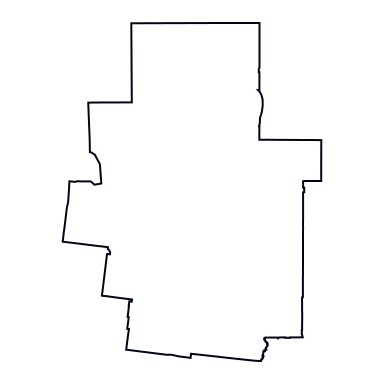 the district of Hindmarsh, Victoria, Australia
{"feature_id": "25037944B30828491037515", "entity_name": "Hindmarsh", "entity_type": "district", "adm_level": 2, "iso_a3": "AUS", "parent_name": "Australia", "parent_adm1": "Victoria", "projection": "orthographic", "projection_center": [141.947, -36.033], "detail": "fine", "context": "isolated", "style": "outline", "palette": "ink", "viewbox_px": 384, "rotation_deg": 0, "n_neighbors": 0, "source": "geoboundaries", "source_scale": "gbopen_adm2", "svg_char_len": 4446}
<svg xmlns="http://www.w3.org/2000/svg" viewBox="0 0 384 384"><path d="M88.3,102.6L88.3,104.6L89.7,140.1L89.9,152.1L91.3,152.4L94.1,154.3L94.7,154.5L99.9,164.2L101.3,183.5L94.5,184.7L91.1,181.7L90.3,181.4L79.8,181.4L78.7,181.2L77.1,181.2L75.7,181.8L73.6,181.8L72.4,181.5L70.9,181.5L69.4,181.2L69.0,189.5L68.1,202.3L66.9,207.5L65.5,219.1L64.4,228.2L63.9,231.4L62.7,241.6L62.8,241.7L70.2,242.6L70.4,242.6L84.2,244.3L98.7,246.1L101.9,246.4L104.5,246.8L106.8,247.0L107.9,247.2L107.7,248.8L107.8,248.9L108.5,249.3L110.1,251.9L110.0,254.3L107.1,254.0L106.9,255.1L102.6,290.4L101.9,295.7L106.9,296.3L106.9,296.2L108.6,296.4L108.6,296.5L118.5,297.8L132.0,299.5L131.7,301.7L129.3,301.4L128.7,305.6L129.0,305.6L128.6,309.0L128.2,312.3L127.6,316.9L128.7,317.1L128.2,321.5L127.7,325.1L127.6,326.0L127.2,328.8L128.9,329.0L128.8,329.9L128.7,330.7L128.6,331.3L128.1,334.8L128.0,335.9L127.8,336.9L127.8,337.1L127.7,337.8L127.7,338.1L127.6,338.4L127.6,338.5L126.5,347.2L126.2,349.7L145.3,352.1L167.0,354.8L170.9,354.7L171.1,354.7L178.3,356.3L190.6,357.9L191.0,353.8L197.8,354.5L218.7,356.8L228.2,357.9L253.3,360.6L258.9,361.0L260.9,361.0L260.9,360.9L261.0,360.7L261.2,360.4L261.3,360.4L261.4,360.2L261.3,359.8L261.3,359.7L261.2,359.7L261.2,359.4L261.3,359.2L261.5,359.1L261.8,359.0L262.0,359.0L262.0,358.9L262.2,358.7L262.3,358.7L262.5,358.7L262.7,358.4L262.8,358.2L262.6,358.1L262.6,357.9L262.7,357.7L262.8,357.6L262.9,357.4L263.0,357.4L263.1,357.2L262.9,357.2L262.7,357.2L262.6,356.9L262.6,356.7L262.5,356.4L262.5,356.2L262.4,356.1L262.5,355.9L262.8,355.8L263.0,355.9L263.4,355.8L263.4,355.7L263.0,355.5L262.8,355.3L262.7,355.1L262.6,354.9L262.9,354.5L263.1,354.2L263.2,353.7L263.3,353.3L263.4,353.0L263.4,352.7L263.4,352.4L263.3,352.2L263.2,352.1L263.2,351.9L263.4,351.8L263.6,351.9L263.8,351.9L264.0,351.6L264.0,351.4L263.9,351.3L263.8,351.0L263.7,350.9L263.8,350.7L264.0,350.8L264.3,350.8L264.5,350.9L264.6,351.0L264.8,351.1L265.0,351.1L265.0,350.9L265.0,350.7L265.0,350.3L265.0,350.2L265.4,350.1L265.7,349.9L266.1,349.8L266.3,349.7L266.0,349.3L265.8,349.1L265.7,349.1L265.6,348.9L265.5,348.7L265.7,348.3L265.7,348.2L265.8,348.0L265.8,347.9L266.0,347.8L266.2,347.7L266.3,347.6L266.5,347.4L266.6,347.2L266.6,346.9L266.9,346.7L267.0,346.7L267.2,346.4L267.1,346.1L267.1,345.9L267.2,345.7L267.3,345.4L267.7,345.2L267.5,344.9L267.4,344.8L267.5,344.7L267.6,344.4L267.2,344.1L267.0,343.9L266.9,343.8L266.9,343.7L267.0,343.7L267.3,343.6L267.5,343.5L267.6,343.3L267.6,343.2L267.4,343.0L267.1,342.8L267.0,342.7L266.9,342.5L266.9,342.4L266.5,342.4L266.2,342.3L266.0,342.2L265.8,341.9L265.5,341.7L265.4,341.4L265.5,341.3L265.5,341.2L265.6,340.9L265.0,340.4L264.7,340.3L264.6,340.1L264.7,339.9L264.9,339.6L264.9,339.1L264.8,338.6L264.6,338.5L264.2,338.7L264.2,338.3L264.5,337.9L264.9,337.7L265.1,337.6L277.1,337.5L277.9,338.5L278.1,338.4L278.9,337.6L279.1,337.4L279.3,337.4L282.3,337.4L285.3,337.4L285.3,337.8L290.0,337.8L290.0,337.4L299.3,337.4L301.3,337.3L302.7,337.3L302.3,335.7L301.8,334.0L301.8,330.1L302.1,330.1L302.1,324.6L302.2,318.4L302.2,312.1L302.1,311.8L302.1,305.1L302.1,303.4L302.0,300.9L302.0,300.4L302.1,297.4L302.5,297.4L302.8,297.4L302.9,297.1L302.9,289.0L302.9,282.9L302.9,282.0L302.9,281.4L302.9,281.0L302.9,279.5L302.9,277.3L302.9,276.4L302.9,275.9L302.9,275.2L303.0,274.5L303.0,272.9L302.9,272.6L303.0,268.5L303.0,260.0L303.0,259.7L303.0,257.9L303.0,255.6L303.0,250.5L303.0,250.0L303.0,248.5L303.0,245.7L303.0,240.7L303.0,232.5L303.0,231.7L303.1,227.4L303.0,224.9L303.1,218.8L303.1,218.3L303.1,215.5L303.1,209.7L303.1,209.1L303.1,207.6L303.1,203.3L303.1,201.0L303.1,197.4L303.1,195.1L303.1,194.9L303.0,194.6L303.0,194.4L303.1,194.2L303.1,193.4L303.1,193.1L303.1,192.9L303.1,192.4L304.2,192.3L304.2,187.6L303.7,187.5L303.3,187.5L303.2,187.6L303.1,187.4L303.1,181.2L305.2,181.0L305.9,181.0L306.5,181.0L308.3,181.0L312.0,181.0L312.6,181.0L313.6,181.0L315.5,181.0L316.5,181.0L317.4,181.0L318.1,181.0L318.9,181.0L321.2,181.0L321.2,160.4L321.3,140.1L312.1,140.0L302.9,140.0L271.1,139.8L267.2,139.7L263.3,139.8L259.3,139.7L259.4,138.7L259.3,135.4L259.4,126.2L259.1,126.2L259.4,124.5L259.9,123.1L260.0,117.7L260.3,116.9L261.0,115.0L262.2,110.2L262.1,109.4L262.6,106.9L262.7,104.2L262.6,99.4L262.1,97.4L261.4,95.0L259.8,91.9L258.1,90.2L259.4,90.2L259.4,86.3L259.4,82.3L259.4,72.2L258.8,72.2L258.8,69.0L259.5,67.7L259.5,59.5L259.5,23.0L220.0,23.0L151.8,23.2L131.3,23.3L131.8,102.4L100.1,102.5L88.3,102.6Z" fill="none" stroke="#020617" stroke-width="2"/></svg>